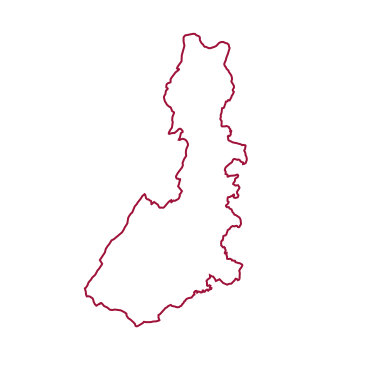 outline of Isandra, Haute Matsiatra, Madagascar, rotated 30°
{"feature_id": "10022922B29889196912325", "entity_name": "Isandra", "entity_type": "district", "adm_level": 2, "iso_a3": "MDG", "parent_name": "Madagascar", "parent_adm1": "Haute Matsiatra", "projection": "equal_earth", "projection_center": [46.965, -21.25], "detail": "fine", "context": "isolated", "style": "outline", "palette": "rose", "viewbox_px": 384, "rotation_deg": 30, "n_neighbors": 0, "source": "geoboundaries", "source_scale": "gbopen_adm2", "svg_char_len": 6097}
<svg xmlns="http://www.w3.org/2000/svg" viewBox="0 0 384 384"><g transform="rotate(30 192 192)"><path d="M256.9,265.5L255.3,265.8L254.9,264.0L253.7,264.0L252.7,265.4L251.7,265.4L250.2,262.9L249.1,261.9L249.0,261.4L249.4,259.7L250.4,257.7L250.4,257.1L249.1,255.1L251.4,255.1L252.8,254.7L255.3,255.8L257.2,257.1L259.5,253.8L264.5,255.2L268.8,254.7L269.9,253.1L271.9,251.7L273.1,246.9L273.1,245.3L274.2,244.9L275.8,245.5L276.6,244.3L276.5,243.3L273.8,238.1L272.3,236.6L272.1,234.3L272.4,233.4L272.4,231.1L272.2,230.2L271.7,229.8L268.8,229.8L267.8,230.4L265.7,230.7L264.7,231.1L263.5,230.1L260.8,231.3L260.3,230.7L259.0,230.7L258.2,230.8L257.3,231.7L256.0,232.3L255.5,231.9L254.6,230.3L253.7,229.8L252.5,227.5L251.5,228.7L250.8,228.4L250.5,225.9L248.9,224.5L248.6,224.0L247.4,223.6L246.9,224.3L246.3,224.5L245.8,224.1L244.1,223.7L243.0,222.1L242.1,220.1L242.1,219.1L242.7,218.5L242.3,216.9L241.2,214.7L241.6,213.8L242.7,212.8L243.0,211.8L242.0,207.1L243.0,205.2L243.2,203.0L244.1,201.2L245.9,200.6L247.2,199.1L248.2,198.9L249.1,199.4L250.2,199.1L250.5,198.0L250.4,195.1L247.8,191.6L245.9,190.4L241.9,190.1L239.9,190.4L238.9,189.7L237.1,189.1L234.9,187.3L232.7,187.5L231.4,186.7L229.9,187.7L228.5,187.3L228.2,186.3L228.8,185.0L229.0,183.5L228.8,182.5L228.6,182.2L227.6,182.3L226.9,181.5L225.8,179.2L225.8,178.5L227.4,177.2L227.8,176.3L228.6,175.6L229.1,173.7L229.6,173.3L230.1,173.8L230.3,175.0L230.9,175.8L231.4,175.8L232.5,175.5L234.2,173.8L234.2,172.7L234.0,171.9L233.6,171.4L232.0,170.8L231.0,169.6L230.9,168.4L231.1,165.3L230.8,164.3L228.5,163.1L226.4,164.7L223.6,164.5L223.4,163.3L223.7,161.4L222.8,159.1L223.3,157.6L224.1,156.3L223.9,154.8L223.5,154.4L222.4,154.3L220.9,156.2L216.8,159.0L215.5,160.8L215.0,160.8L214.3,159.5L213.8,159.3L212.0,159.6L211.1,157.6L209.4,156.6L208.9,154.7L209.0,153.2L210.6,148.6L211.5,146.8L211.7,145.9L211.4,143.9L211.6,142.8L212.4,142.1L215.3,141.4L215.8,140.7L216.3,140.5L217.9,140.6L218.4,141.1L219.8,141.3L221.5,140.9L222.2,142.3L223.1,141.6L224.0,140.0L223.5,137.2L222.9,135.9L221.3,134.1L219.8,133.2L219.5,132.5L218.0,130.9L217.1,130.5L216.4,129.8L216.4,128.2L215.3,125.2L214.8,124.9L212.7,125.6L212.0,126.4L210.4,126.3L205.8,127.5L202.7,128.6L198.0,128.9L197.4,128.7L195.2,125.9L195.4,125.1L196.3,125.0L196.8,124.1L196.8,122.8L196.3,122.2L195.5,119.5L194.9,119.5L194.5,120.0L193.8,118.5L192.4,118.1L191.7,117.4L191.2,117.3L188.9,117.6L187.6,118.8L185.4,120.1L184.9,120.2L184.4,119.9L182.3,115.8L180.2,114.8L179.8,114.2L179.6,112.9L178.4,111.0L177.8,108.1L176.3,104.9L176.2,104.2L176.9,103.9L177.5,103.0L176.7,98.6L176.1,96.8L177.3,95.9L177.4,94.3L178.8,93.9L178.7,90.0L178.3,88.8L178.5,87.2L178.2,84.4L176.9,83.9L176.2,83.2L176.1,80.5L175.2,79.1L170.8,76.6L170.3,74.3L169.2,72.8L167.7,71.4L163.8,69.5L162.8,68.6L160.5,68.1L159.1,67.1L157.2,66.3L156.2,65.4L155.8,64.7L155.3,60.8L154.5,57.9L154.0,54.3L153.1,50.7L153.1,50.1L152.5,48.4L151.9,48.1L150.0,46.0L148.2,45.7L146.7,46.2L144.1,46.4L142.1,47.7L140.9,49.4L140.0,53.3L138.9,55.0L136.0,58.3L134.4,59.1L131.5,59.3L130.3,59.9L129.5,59.7L127.7,58.7L126.0,58.4L123.6,57.0L122.5,56.0L121.6,54.3L120.6,53.7L118.4,53.8L117.6,54.1L115.5,53.6L113.8,54.5L107.8,59.8L107.4,61.7L107.6,62.7L109.5,65.9L112.3,69.1L114.8,78.7L117.6,84.1L116.9,90.6L117.2,92.5L118.1,92.5L118.7,92.0L119.3,92.2L119.5,92.8L117.9,96.7L117.1,103.3L117.1,105.1L118.5,107.5L118.4,108.0L116.6,110.0L116.3,110.9L116.3,111.6L116.4,112.4L117.5,114.3L118.9,114.4L119.4,114.8L118.8,117.4L120.0,120.5L120.0,122.9L120.2,123.8L121.8,125.7L123.6,127.3L125.2,128.0L126.5,128.9L129.6,129.5L130.9,129.3L131.9,129.8L134.2,131.8L136.5,132.0L136.9,132.4L137.6,137.0L139.0,139.8L140.4,141.1L142.2,145.7L142.4,146.7L142.2,148.5L142.2,151.4L142.5,152.8L143.2,153.1L145.3,150.9L147.3,149.7L148.6,146.4L149.0,144.3L150.1,143.1L150.8,143.0L153.2,143.8L153.9,144.6L153.0,146.6L154.4,151.5L154.3,152.2L154.4,153.4L155.2,153.2L157.2,150.6L158.6,150.2L160.5,150.1L162.7,151.0L164.3,152.3L165.1,153.3L165.5,157.0L166.1,159.2L167.0,161.0L168.9,163.6L168.7,167.4L169.3,171.6L170.7,173.3L171.1,175.6L170.2,182.7L170.3,186.4L170.8,187.2L172.1,188.0L173.4,187.4L174.6,187.6L175.2,186.9L175.6,187.2L176.3,190.4L176.7,191.2L177.1,194.0L182.9,196.3L182.8,199.4L182.5,200.1L182.6,200.7L183.4,201.3L183.5,201.8L183.8,204.1L183.5,205.1L181.6,208.2L180.1,208.7L179.7,210.2L179.2,211.2L178.8,211.0L178.0,209.6L177.7,210.0L176.8,212.0L175.5,218.9L174.9,220.1L172.6,221.1L172.3,221.6L171.5,221.7L170.1,221.0L168.9,220.1L164.2,219.6L163.1,222.8L162.9,222.8L161.6,220.8L160.8,220.2L159.6,220.5L158.2,220.1L156.9,220.7L155.3,220.3L152.9,217.8L152.0,217.6L151.0,220.4L151.0,223.1L150.2,228.3L150.3,229.6L149.6,233.2L150.5,239.6L149.8,241.5L149.6,244.5L149.7,246.4L151.7,251.5L151.5,256.5L151.7,258.7L151.6,261.9L148.0,271.8L146.5,274.1L146.4,278.2L145.9,281.5L145.8,284.5L146.8,287.8L146.2,297.0L150.1,299.1L150.2,300.1L149.8,305.6L149.4,307.0L149.6,312.1L148.4,315.8L148.3,318.8L147.7,321.4L147.7,322.8L148.2,325.4L147.8,328.5L147.4,329.0L150.4,332.1L151.2,333.5L152.6,334.7L153.2,335.0L154.1,334.2L155.8,333.6L159.0,333.8L160.0,334.4L161.7,336.2L163.9,337.7L166.0,338.3L167.8,334.9L168.1,335.0L168.6,333.7L168.9,333.5L170.1,333.7L172.8,334.7L176.4,334.4L179.8,335.0L182.1,334.0L183.9,332.4L189.5,330.1L193.3,329.9L196.0,330.1L197.0,331.7L200.0,333.2L202.2,333.2L206.1,334.0L208.4,334.7L210.1,336.2L211.1,336.1L211.9,335.4L213.5,332.7L214.9,330.1L215.3,328.4L216.9,327.9L221.2,325.4L223.2,323.5L225.7,321.9L227.8,319.6L227.9,319.2L225.9,317.7L224.5,315.3L225.4,313.7L227.1,305.6L228.0,304.3L228.5,302.5L230.1,300.4L231.7,300.7L234.6,299.7L236.0,299.5L237.3,299.0L238.4,298.0L238.8,297.0L239.7,295.7L239.6,294.2L240.1,292.9L240.0,290.7L240.6,289.5L240.4,288.4L241.0,287.0L242.1,285.6L244.4,283.6L244.8,280.5L245.4,279.6L244.0,278.0L244.2,277.2L244.6,276.9L244.4,276.1L245.2,275.4L245.8,275.4L246.8,276.5L247.5,274.9L248.8,274.5L249.6,274.7L250.7,274.1L250.8,273.7L250.5,272.0L250.8,271.8L251.0,272.2L251.6,272.1L252.4,272.5L252.9,272.0L253.0,270.6L253.6,269.3L253.8,269.0L255.3,269.4L255.5,268.1L255.9,268.0L257.1,266.3L256.9,265.5Z" fill="none" stroke="#9f1239" stroke-width="2"/></g></svg>